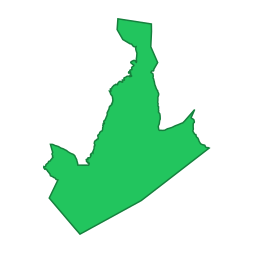 Florida, Copán, Honduras (Albers equal-area conic projection), rotated 183°
{"feature_id": "27666195B95535378381933", "entity_name": "Florida", "entity_type": "district", "adm_level": 2, "iso_a3": "HND", "parent_name": "Honduras", "parent_adm1": "Copán", "projection": "albers", "projection_center": [-88.794, 15.139], "detail": "fine", "context": "isolated", "style": "filled", "palette": "green", "viewbox_px": 256, "rotation_deg": 183, "n_neighbors": 0, "source": "geoboundaries", "source_scale": "gbopen_adm2", "svg_char_len": 5852}
<svg xmlns="http://www.w3.org/2000/svg" viewBox="0 0 256 256"><g transform="rotate(183 128 128)"><path d="M62.4,149.9L72.0,137.7L73.8,135.8L74.7,135.6L78.1,133.9L80.7,132.8L81.8,132.2L83.2,131.4L84.3,130.8L87.3,129.7L88.3,129.4L89.6,128.7L90.6,128.0L91.2,127.7L93.1,127.4L95.7,127.4L96.1,127.2L96.5,127.3L96.9,127.6L97.2,128.1L97.9,131.1L97.6,132.0L97.5,132.6L97.0,133.7L96.9,135.4L96.8,136.9L96.6,137.7L96.3,138.5L96.4,139.9L96.6,141.9L97.0,143.8L97.1,144.0L98.1,145.1L98.5,145.6L98.2,146.5L98.3,147.1L98.4,147.5L98.6,148.4L98.5,149.0L98.6,150.8L98.7,151.0L99.1,151.3L99.3,151.9L99.3,152.6L99.2,153.9L99.7,155.1L99.6,157.3L99.8,160.2L99.6,161.0L99.2,162.3L99.1,163.1L99.2,163.9L99.5,164.6L99.9,165.2L100.1,165.7L100.3,166.1L100.3,166.7L101.0,167.5L101.3,167.9L102.2,169.7L102.6,170.8L103.5,172.7L104.2,175.7L104.6,176.8L105.0,178.4L105.7,179.4L105.5,180.7L105.7,182.3L106.0,183.4L106.2,183.7L107.6,184.4L108.0,184.7L107.8,185.3L106.9,186.4L105.8,186.3L105.5,186.4L105.4,186.5L105.3,187.3L105.3,188.0L101.8,194.9L109.5,210.3L109.6,225.7L110.1,233.1L143.8,236.5L144.0,225.7L137.8,216.1L130.4,212.2L128.9,212.0L128.6,211.8L127.8,210.7L127.4,210.3L126.7,209.7L126.1,209.5L125.1,209.4L124.7,209.3L124.3,209.5L124.5,208.4L124.5,207.8L124.2,206.4L123.0,203.1L123.1,199.3L123.2,198.5L123.3,197.4L123.0,195.6L122.9,194.8L123.0,194.3L123.1,194.0L123.3,194.1L124.0,194.7L124.1,194.9L124.1,195.4L124.3,195.6L124.7,195.8L125.3,195.8L126.1,195.7L126.5,195.5L127.2,195.0L127.9,194.7L128.6,194.0L128.7,193.8L128.7,193.6L128.3,193.0L127.1,192.1L125.6,191.2L125.4,191.0L125.4,190.8L125.7,190.3L127.2,189.1L127.4,188.8L127.5,188.4L127.3,187.5L127.2,186.5L128.7,186.1L128.9,185.9L129.1,185.6L129.2,185.3L129.1,185.0L129.0,184.6L128.4,184.0L128.4,183.7L128.5,183.5L128.8,183.3L129.1,183.4L129.3,183.5L129.5,184.0L129.8,184.2L130.2,184.1L130.3,183.7L130.3,183.1L130.2,182.9L129.8,182.8L129.3,183.0L128.8,183.2L128.7,183.1L128.4,182.9L128.2,182.5L128.1,182.2L128.3,181.7L128.7,181.0L128.8,180.7L127.5,180.8L127.2,180.4L127.1,180.0L127.2,179.9L127.4,179.7L128.1,179.6L128.7,179.4L129.1,179.4L129.7,179.7L130.2,179.8L130.5,179.8L131.2,179.7L132.1,179.4L133.0,178.5L133.6,178.3L134.4,178.0L134.6,177.7L134.7,177.3L134.6,177.0L134.1,176.1L134.1,175.7L134.5,175.5L135.8,175.7L136.2,175.6L136.2,175.4L136.2,175.2L136.0,174.5L135.8,174.0L135.8,173.7L136.2,173.5L136.7,173.6L137.2,173.7L137.7,174.0L138.3,174.2L138.7,174.1L139.1,173.9L139.4,173.6L140.0,172.7L140.4,172.3L140.6,171.5L140.6,170.9L140.7,170.7L140.9,170.6L141.2,170.6L141.9,171.0L142.5,171.0L142.9,170.7L143.4,170.1L143.9,170.1L144.2,169.9L145.9,167.9L146.3,167.1L146.5,166.3L146.7,166.2L147.0,166.3L147.7,166.0L147.7,165.7L147.4,164.9L146.9,164.2L147.1,163.9L147.6,164.0L148.5,163.9L147.5,162.3L147.3,161.9L147.3,161.4L147.1,161.0L146.5,160.2L145.6,159.3L145.2,158.3L145.0,157.6L145.0,157.0L144.7,156.2L144.7,155.8L144.5,154.9L144.7,154.5L144.6,153.7L144.9,153.1L144.8,152.5L145.3,152.0L145.3,151.6L145.2,151.4L145.6,151.1L145.4,150.6L145.5,150.4L145.8,150.2L146.1,149.8L146.8,149.5L146.9,149.3L146.8,148.9L147.5,148.4L147.7,148.2L147.9,146.5L148.0,146.1L148.2,145.3L148.5,144.9L149.1,143.2L149.6,142.4L149.5,141.5L149.6,141.1L149.4,140.8L149.4,140.5L149.8,138.9L150.3,137.8L150.7,136.3L151.1,135.6L151.2,134.8L152.2,134.1L152.4,133.6L152.5,133.1L152.4,132.6L151.8,131.6L151.8,131.3L151.9,131.1L152.0,131.0L152.7,131.3L152.9,131.3L153.0,131.1L152.8,130.4L153.3,129.5L153.2,129.1L152.9,128.7L152.9,128.4L153.0,127.9L153.3,127.3L153.3,125.1L153.6,124.2L153.9,123.6L154.8,123.3L155.2,122.7L155.5,122.6L155.8,122.3L155.9,122.1L156.2,121.0L156.4,120.5L156.8,120.1L157.4,119.6L157.8,118.9L157.8,118.5L157.6,118.1L157.4,117.6L157.2,116.1L157.3,115.6L157.9,115.4L158.4,115.1L158.6,114.9L158.7,114.4L158.9,114.2L159.9,113.9L160.1,113.6L160.2,113.3L160.7,112.6L160.7,111.9L160.9,111.4L160.9,110.9L160.8,110.5L160.3,109.9L160.2,109.2L160.2,108.5L160.4,108.2L160.8,108.1L160.8,107.2L160.8,105.5L161.5,103.5L161.6,102.8L161.7,101.8L161.7,101.7L162.0,102.1L162.2,101.6L162.3,101.4L163.3,100.5L163.6,100.0L163.9,99.9L163.9,99.7L163.7,99.3L164.0,99.3L164.1,99.1L163.8,98.2L163.7,98.0L164.0,97.3L164.4,96.6L164.6,96.4L164.9,96.3L166.1,96.2L166.0,95.9L166.6,95.5L166.7,95.3L166.5,94.5L167.1,94.6L167.6,94.6L167.9,94.5L168.1,94.2L168.0,93.8L167.6,93.1L167.6,92.7L167.7,92.4L167.6,92.2L166.6,92.1L166.5,91.7L166.2,91.6L166.3,91.2L166.0,90.8L165.7,90.9L165.3,91.0L165.1,90.9L164.9,90.8L164.9,90.4L165.0,89.8L165.4,88.8L176.1,88.3L176.5,90.2L177.3,92.5L177.6,93.7L178.6,95.4L179.5,97.0L179.6,97.4L180.2,98.0L180.9,98.5L181.7,99.0L182.8,99.3L184.1,99.8L186.6,101.1L188.3,102.4L188.8,102.5L191.3,103.7L192.1,104.0L193.4,104.3L194.4,104.7L196.4,105.8L198.6,106.4L200.1,106.7L201.1,107.2L202.2,107.6L203.1,107.7L204.6,107.6L201.9,99.6L202.5,98.3L202.5,97.9L202.4,97.5L201.8,96.5L201.9,95.7L201.5,95.0L201.4,94.7L201.5,94.5L201.8,94.3L202.2,94.0L202.5,93.1L203.2,92.5L203.9,91.1L204.3,90.9L205.0,90.7L205.5,90.4L205.9,89.3L206.3,88.6L207.5,87.7L207.7,87.4L208.1,86.9L208.1,85.9L208.4,85.3L208.6,85.1L208.9,85.0L210.0,85.2L210.1,84.2L209.8,83.6L209.6,83.3L209.3,83.0L209.0,82.5L208.8,82.5L208.4,82.9L208.1,82.9L207.9,82.8L207.4,82.1L206.3,81.5L206.1,81.0L206.0,80.6L205.4,80.1L204.0,78.5L203.6,78.1L203.1,76.7L202.9,76.2L202.6,76.1L202.2,76.0L201.8,75.9L200.1,75.1L199.8,74.8L198.0,74.1L197.7,73.8L197.5,73.3L197.2,72.9L196.9,72.8L195.9,72.6L195.5,72.3L195.3,72.3L203.0,53.9L176.0,25.3L170.4,19.5L110.9,56.3L45.9,112.2L46.8,112.6L48.3,112.6L49.3,112.9L49.8,113.5L50.3,114.7L50.7,114.9L52.9,115.3L54.4,115.9L55.5,117.2L56.4,118.7L57.0,120.2L57.8,121.7L58.5,122.1L59.3,122.9L59.6,123.9L59.9,125.0L60.7,125.1L61.2,125.4L62.3,127.1L63.1,128.2L63.1,128.6L62.8,129.7L62.7,130.4L63.0,132.5L63.1,135.6L62.8,136.4L62.1,137.1L62.1,137.9L62.7,139.7L63.5,140.3L64.9,141.0L65.5,141.6L62.4,149.9Z" fill="#22c55e" stroke="#15803d" stroke-width="1.5"/></g></svg>